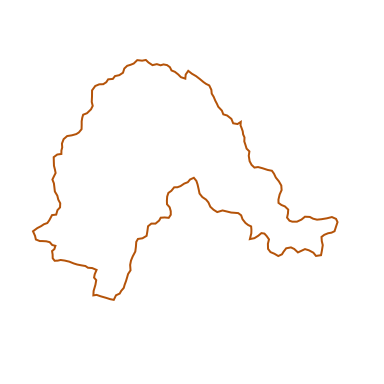 Divino, Minas Gerais, Brazil, rotated 191°
{"feature_id": "56859067B78256320871647", "entity_name": "Divino", "entity_type": "district", "adm_level": 2, "iso_a3": "BRA", "parent_name": "Brazil", "parent_adm1": "Minas Gerais", "projection": "albers", "projection_center": [-42.194, -20.579], "detail": "fine", "context": "isolated", "style": "outline", "palette": "amber", "viewbox_px": 384, "rotation_deg": 191, "n_neighbors": 0, "source": "geoboundaries", "source_scale": "gbopen_adm2", "svg_char_len": 3314}
<svg xmlns="http://www.w3.org/2000/svg" viewBox="0 0 384 384"><g transform="rotate(191 192 192)"><path d="M336.2,115.6L332.1,114.8L329.3,115.3L325.7,115.8L322.1,115.6L319.1,113.3L315.8,113.1L316.2,109.7L318.1,107.3L316.9,104.1L316.1,100.4L313.7,98.3L310.7,99.0L308.0,100.2L303.9,100.4L299.1,100.2L294.5,99.3L290.8,98.9L286.6,98.9L282.5,99.0L279.7,97.8L275.5,98.3L270.8,97.3L271.8,92.7L271.8,89.3L269.2,87.2L269.1,82.5L269.7,76.1L269.1,71.7L266.0,72.8L261.8,72.2L256.1,71.7L251.8,71.2L248.2,71.2L246.9,76.1L243.6,78.5L242.6,81.5L240.7,84.8L240.4,88.3L239.8,91.8L239.4,95.8L239.1,99.3L237.4,103.4L238.8,108.6L238.8,113.0L237.9,117.5L236.3,122.7L236.6,127.4L237.2,132.4L236.1,135.6L231.8,137.1L228.2,140.3L228.3,144.6L228.6,150.0L225.9,153.2L221.8,154.0L218.8,157.7L217.8,160.8L213.9,161.8L209.9,162.2L208.5,165.6L209.2,169.1L211.0,172.7L214.2,175.2L215.0,178.7L215.5,182.8L215.0,186.6L212.5,189.2L210.4,193.2L207.2,193.9L204.4,195.6L201.2,198.8L198.0,200.8L196.3,203.9L192.9,206.3L189.8,203.7L188.0,200.5L186.1,196.2L184.3,191.9L180.9,189.0L176.7,187.2L173.9,184.9L171.2,181.0L167.5,178.7L163.4,177.1L158.5,179.7L153.6,179.5L149.6,179.3L146.3,179.7L142.6,180.1L139.3,178.5L137.2,174.9L133.6,171.8L130.6,170.3L127.4,169.5L126.5,166.4L125.9,162.8L126.2,156.8L121.9,158.6L118.6,161.7L116.0,164.9L113.0,165.0L110.3,163.0L107.4,160.2L107.6,155.6L106.5,150.7L103.5,148.0L99.3,147.1L95.1,145.6L91.8,148.0L90.7,150.9L88.8,154.7L84.3,156.5L80.8,155.6L76.5,152.9L73.2,155.3L70.2,157.5L66.2,157.1L61.3,155.6L58.1,152.9L53.3,154.6L53.3,159.0L53.5,164.8L55.2,168.5L56.3,172.6L54.0,175.2L50.5,177.5L47.3,178.7L44.6,180.7L44.0,185.6L43.4,190.2L45.5,193.1L49.9,194.1L54.6,191.9L59.7,190.0L64.0,188.7L68.0,188.9L71.6,190.0L76.4,189.3L79.3,185.8L83.3,182.9L87.8,182.0L90.8,182.4L93.8,185.0L93.7,189.1L94.2,193.1L98.1,195.6L101.7,196.3L105.0,197.8L105.7,201.0L105.5,206.3L104.4,211.0L105.6,215.4L108.7,219.0L112.5,222.2L115.0,225.6L117.6,228.1L121.9,228.1L127.5,228.8L131.9,229.1L135.4,227.9L138.7,230.0L141.3,233.2L143.2,238.4L143.4,242.8L146.7,245.0L148.6,248.6L150.3,251.6L150.9,255.6L152.8,258.3L153.8,261.3L155.5,264.2L157.1,266.7L157.5,270.1L160.3,267.4L164.7,267.3L167.3,271.3L172.1,273.8L176.1,274.2L178.2,277.6L182.5,280.7L184.4,283.4L186.5,286.0L188.9,289.6L191.4,292.3L192.5,296.0L195.4,299.9L198.8,300.8L201.7,302.1L205.7,304.3L210.1,306.5L214.7,308.1L218.8,310.2L220.6,306.1L220.2,302.0L224.8,302.6L228.0,304.8L231.7,306.7L235.3,307.4L237.5,310.3L240.7,311.8L244.3,311.8L247.0,310.4L250.9,310.8L255.0,309.0L259.4,310.8L262.5,312.8L266.0,311.4L270.9,311.0L273.7,307.0L276.5,305.2L279.7,303.5L282.0,300.3L282.5,295.9L285.7,292.8L289.7,291.1L291.3,287.9L295.8,286.6L297.1,283.4L299.7,280.9L303.6,280.0L307.2,277.6L309.5,272.7L308.4,266.8L307.6,261.3L305.9,257.6L306.9,253.9L310.1,249.3L313.6,247.1L313.9,243.9L313.8,240.4L313.0,236.3L312.4,232.6L314.4,228.9L316.6,226.8L320.8,224.7L325.2,223.1L328.1,219.4L328.9,214.7L327.9,211.0L328.1,207.8L327.5,204.4L331.4,203.1L334.4,199.8L333.4,195.3L332.5,191.4L330.8,187.8L329.5,184.6L330.5,181.1L331.4,177.6L329.2,174.1L328.1,170.7L326.7,166.3L323.5,162.7L321.8,159.0L319.2,155.8L318.6,151.7L320.6,148.5L321.0,143.9L325.0,142.6L326.7,137.0L328.1,133.9L331.2,132.1L333.6,129.7L336.9,127.1L340.6,123.1L337.7,119.0L336.2,115.6Z" fill="none" stroke="#b45309" stroke-width="2"/></g></svg>